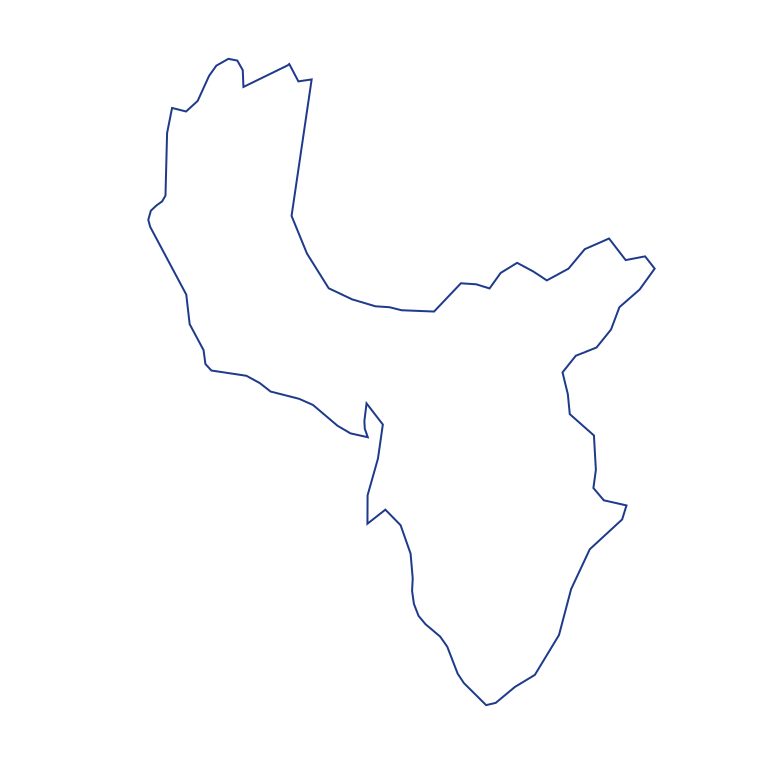 map outline of Dar-Es-Salaam (orthographic projection), rotated 189°
{"feature_id": "TZA-3378", "entity_name": "Dar-Es-Salaam", "entity_type": "Region", "adm_level": 1, "iso_a3": "TZA", "parent_name": "United Republic of Tanzania", "parent_adm1": "", "projection": "orthographic", "projection_center": [39.274, -6.872], "detail": "fine", "context": "isolated", "style": "outline", "palette": "blue", "viewbox_px": 768, "rotation_deg": 189, "n_neighbors": 0, "source": "natural_earth", "source_scale": "10m", "svg_char_len": 1315}
<svg xmlns="http://www.w3.org/2000/svg" viewBox="0 0 768 768"><g transform="rotate(189 384 384)"><path d="M232.9,82.8L258.3,101.1L265.9,109.4L280.4,134.4L289.0,143.3L305.4,153.2L313.6,160.4L320.0,171.4L323.9,184.0L325.2,196.4L331.2,220.6L345.5,247.1L363.0,260.1L378.5,243.4L382.8,271.5L378.3,309.4L378.8,343.8L398.2,362.1L397.6,344.4L396.0,336.9L391.7,328.9L409.4,330.0L423.4,335.5L450.9,352.2L465.6,356.1L494.8,358.8L506.9,365.5L521.2,370.6L556.6,370.3L563.5,375.8L567.5,389.2L585.3,412.7L593.3,441.4L639.5,502.6L642.5,509.3L641.4,518.7L636.7,524.7L631.7,529.7L629.3,535.9L637.5,597.9L636.5,623.5L622.1,622.2L612.3,634.5L605.0,660.9L599.4,672.2L588.6,680.8L579.5,680.5L572.6,671.9L569.3,655.4L528.8,683.8L527.7,685.2L527.0,684.4L515.9,669.5L503.1,673.5L501.6,535.6L480.5,500.8L453.6,469.9L428.7,462.6L404.6,459.4L390.7,460.7L378.2,459.6L345.9,463.4L323.8,495.5L308.6,496.9L294.7,494.9L286.2,511.9L271.5,524.5L254.2,518.5L239.4,511.8L219.8,526.8L206.8,548.6L184.5,562.9L164.7,544.2L146.1,550.9L134.7,540.3L146.3,517.3L163.5,496.7L168.3,473.3L179.8,453.3L199.0,441.9L209.5,423.4L200.8,402.6L195.8,383.3L168.6,366.0L161.3,332.4L160.9,314.0L148.7,303.5L125.5,302.0L127.6,287.5L154.9,253.0L167.1,210.7L171.9,163.4L189.5,120.3L207.4,105.2L223.8,86.5L232.9,82.8Z" fill="none" stroke="#1e3a8a" stroke-width="2"/></g></svg>